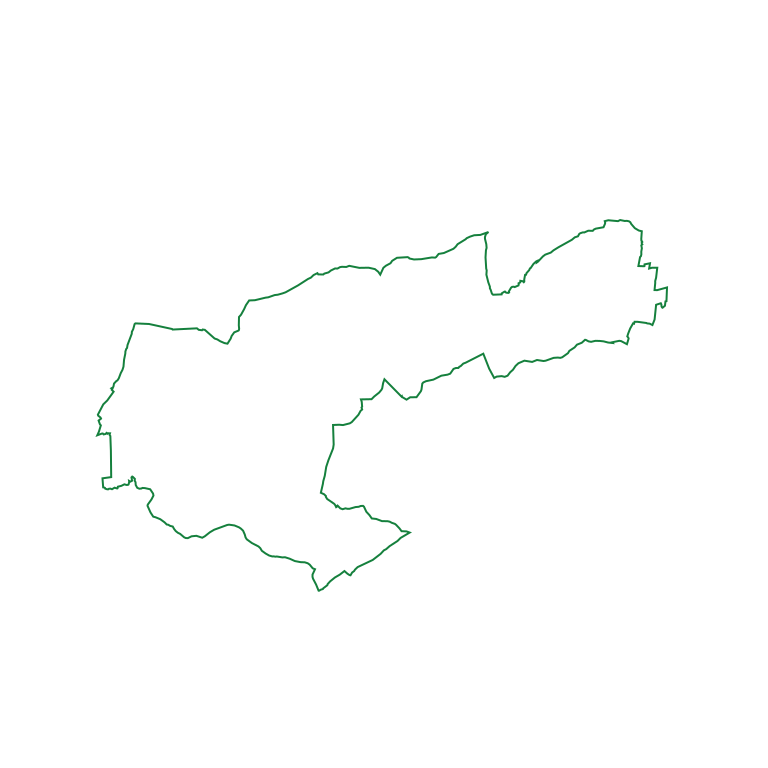 Borascu, Gorj, Romania (Albers equal-area conic projection), rotated 155°
{"feature_id": "2599482B74133650758011", "entity_name": "Borascu", "entity_type": "district", "adm_level": 2, "iso_a3": "ROU", "parent_name": "Romania", "parent_adm1": "Gorj", "projection": "albers", "projection_center": [23.247, 44.703], "detail": "fine", "context": "isolated", "style": "outline", "palette": "green", "viewbox_px": 768, "rotation_deg": 155, "n_neighbors": 0, "source": "geoboundaries", "source_scale": "gbopen_adm2", "svg_char_len": 6112}
<svg xmlns="http://www.w3.org/2000/svg" viewBox="0 0 768 768"><g transform="rotate(155 384 384)"><path d="M365.6,505.8L368.7,506.0L372.6,508.0L374.5,508.5L377.3,508.3L379.6,509.4L384.2,509.3L387.1,508.6L391.5,509.3L392.6,508.9L397.3,511.1L397.5,512.6L401.8,512.5L405.3,511.3L408.5,511.3L420.2,509.7L434.4,508.7L437.6,509.0L442.5,509.8L445.5,510.8L452.3,511.5L454.8,512.3L465.6,514.5L470.9,516.7L475.8,513.8L479.2,510.9L484.3,507.2L487.1,506.0L490.8,498.5L491.9,495.4L492.6,494.3L493.3,493.9L497.9,494.1L501.8,491.9L503.8,489.9L508.8,486.7L511.3,488.5L514.4,492.0L516.2,494.8L518.3,496.8L523.5,508.8L525.3,510.0L526.2,509.6L529.0,511.4L530.0,513.5L552.6,522.7L552.8,523.4L571.6,537.7L583.7,544.0L584.7,543.7L588.1,539.7L590.5,537.8L591.4,536.1L600.0,527.7L601.6,525.3L602.8,524.7L604.6,522.8L605.6,520.9L609.3,515.9L612.8,509.8L615.0,507.4L618.0,505.1L622.0,501.2L624.1,499.9L625.3,499.8L628.5,498.5L630.3,496.0L631.0,495.5L632.8,495.3L632.2,494.4L633.2,493.8L632.3,491.3L641.8,486.0L647.0,484.2L656.3,477.1L656.4,476.1L655.1,473.4L655.1,472.2L658.1,471.5L658.5,467.5L658.1,466.2L662.5,461.3L665.5,458.7L660.6,458.3L659.8,458.0L659.4,456.8L657.6,456.4L656.1,456.9L655.8,455.9L655.2,456.1L653.2,455.1L654.2,454.0L654.0,452.5L659.7,439.0L670.6,414.9L679.0,417.5L682.2,409.0L681.2,408.3L680.8,407.7L680.9,407.0L679.8,405.9L678.6,405.1L677.6,405.3L676.2,404.8L675.0,403.6L672.0,403.9L670.0,402.1L669.6,402.1L668.6,403.4L665.1,402.7L661.7,402.8L660.0,401.3L658.7,400.8L658.0,400.9L656.3,402.9L656.0,403.9L655.2,402.7L653.2,402.8L652.3,406.1L651.3,406.5L650.9,406.0L649.9,403.3L650.8,401.8L650.7,400.0L651.7,397.4L651.5,394.2L650.0,392.5L648.0,391.8L646.9,391.9L644.7,390.7L640.4,387.4L639.6,382.3L640.1,380.3L643.6,377.6L648.6,374.8L649.4,374.2L649.8,373.5L649.9,366.2L649.2,361.3L647.4,359.8L643.9,356.0L641.3,351.3L640.3,348.5L639.0,347.6L637.8,345.8L635.7,344.1L635.5,341.3L634.9,338.7L633.7,336.3L632.1,334.3L629.9,329.5L628.8,328.2L626.9,327.2L622.8,327.3L618.2,325.7L613.7,321.5L610.8,321.7L604.5,323.2L599.5,323.7L585.7,322.5L583.9,322.0L579.3,319.0L576.0,315.4L574.8,313.4L573.7,310.6L573.8,306.4L574.3,303.4L574.0,301.2L570.9,295.6L566.4,289.8L565.5,287.5L565.2,284.5L563.0,280.5L560.6,277.1L558.1,274.9L557.0,274.5L555.2,273.3L554.1,273.0L549.4,269.8L546.9,268.8L543.3,265.5L539.6,261.2L534.9,257.8L531.2,255.9L528.9,253.8L527.7,251.7L526.5,247.1L524.8,245.3L529.3,241.5L530.3,239.4L530.6,237.6L530.3,230.9L530.6,224.9L530.6,224.3L530.2,224.1L528.2,224.3L526.1,224.0L525.4,224.5L520.4,225.6L519.6,226.5L516.2,227.9L510.2,229.4L504.7,229.9L498.9,231.2L497.3,227.5L496.0,225.4L495.2,224.8L492.6,226.6L490.1,227.1L488.8,228.0L485.3,229.2L468.6,229.3L458.8,231.5L454.4,233.3L451.8,233.4L447.4,234.7L438.1,236.0L434.0,237.5L423.5,238.5L425.9,240.9L430.3,243.2L431.0,246.6L432.6,251.4L433.3,252.7L435.6,254.9L437.0,256.8L438.7,258.1L443.8,260.6L448.1,265.0L451.9,267.3L452.6,271.3L454.0,275.7L454.0,281.3L454.5,282.4L456.7,283.3L458.8,283.4L461.8,284.5L468.1,285.5L469.8,286.3L471.5,287.6L474.4,288.0L476.2,289.8L477.5,293.5L478.4,293.3L478.7,292.7L479.4,292.6L479.4,294.6L479.7,296.3L484.1,303.8L484.4,306.3L484.0,307.0L484.9,309.4L487.2,312.1L481.6,319.3L480.1,321.6L476.5,325.8L471.4,333.3L466.6,338.4L457.4,347.1L455.2,350.4L447.5,368.4L441.8,366.0L438.5,364.1L431.6,362.8L429.3,363.1L420.2,366.9L416.5,369.6L414.6,370.1L414.3,372.2L413.4,372.7L411.7,377.3L411.4,379.8L401.7,375.5L398.2,376.8L392.0,378.3L388.8,379.8L387.5,380.8L384.4,385.2L381.6,388.1L373.4,365.0L373.0,365.2L373.1,364.6L370.2,360.3L365.9,360.9L360.1,358.3L353.6,361.9L352.4,363.1L349.1,368.2L347.7,368.8L344.8,368.8L337.4,367.1L328.5,367.3L322.4,365.6L319.6,365.4L314.6,368.3L312.0,368.1L309.8,367.1L308.4,367.8L307.0,367.8L303.5,369.0L301.0,368.8L281.2,369.5L282.2,353.5L281.6,342.9L278.8,343.1L274.0,341.4L271.6,339.5L268.5,339.3L264.7,341.3L261.1,342.4L257.1,344.8L253.4,346.0L246.9,345.8L240.4,341.4L235.2,341.1L229.7,337.4L227.6,336.8L219.2,336.0L215.3,334.5L213.2,333.2L211.2,332.9L204.2,334.2L202.0,335.7L195.8,336.6L192.5,338.1L187.3,337.8L183.1,339.1L182.4,338.6L180.6,336.2L178.5,334.7L174.2,333.8L170.2,331.8L166.9,329.8L163.4,326.9L159.4,324.5L159.6,325.4L152.5,323.7L150.9,322.6L147.0,317.4L143.1,321.8L143.0,322.9L143.4,324.3L141.3,326.6L137.4,330.3L132.6,333.7L131.9,333.0L130.6,334.5L127.9,333.2L120.4,328.4L119.9,327.7L117.7,326.4L115.8,324.0L111.5,328.1L103.9,340.8L99.0,340.2L99.0,338.9L99.7,336.9L99.6,335.8L99.3,335.4L96.3,336.2L94.0,339.9L93.0,339.7L86.7,351.9L96.7,353.6L99.1,354.8L95.5,360.9L94.7,362.7L92.5,365.3L87.2,373.9L91.9,376.1L94.9,376.6L91.9,381.0L97.3,382.3L98.1,380.8L98.5,380.8L103.6,383.4L98.3,390.8L97.1,391.3L96.0,392.7L94.9,395.2L92.9,398.1L92.2,400.9L90.9,401.4L91.1,402.0L90.7,403.2L89.9,403.5L89.8,404.1L90.2,405.0L89.5,406.8L85.8,413.5L88.2,415.4L90.8,419.2L92.3,424.5L92.4,426.5L93.2,427.9L94.9,429.2L96.9,430.0L100.7,432.8L103.1,432.7L111.5,437.6L115.1,438.3L115.4,436.6L116.1,435.7L118.8,433.3L126.4,435.3L128.4,435.3L130.1,434.6L134.1,436.6L138.4,436.7L139.8,437.4L142.4,437.7L143.6,437.5L145.8,435.9L149.1,436.3L152.8,435.3L168.1,434.2L173.9,433.5L177.3,432.6L183.2,433.1L186.0,432.5L192.8,429.8L193.9,429.6L193.0,430.8L194.2,430.8L197.7,429.7L202.1,427.1L202.9,427.1L204.2,425.9L207.9,424.3L209.1,423.0L210.0,423.3L212.7,419.5L213.6,417.5L214.3,417.2L214.8,418.5L216.8,419.9L217.6,418.5L219.5,418.4L219.8,417.3L220.5,416.5L224.6,416.6L225.2,417.3L226.8,417.9L228.1,417.6L231.6,415.2L231.9,414.1L232.8,414.0L234.3,414.9L235.0,415.6L235.2,416.6L235.7,416.8L238.9,416.4L239.5,415.5L247.4,418.8L248.0,420.3L247.5,424.4L247.6,425.9L246.9,427.5L246.5,432.1L245.0,439.8L242.9,443.6L242.6,445.4L238.5,455.8L235.1,462.1L233.5,464.0L232.2,467.5L231.1,473.0L230.4,474.5L228.4,476.7L225.1,477.6L233.7,478.4L239.4,480.7L243.7,481.2L247.5,481.2L248.8,480.7L258.2,479.6L261.0,478.1L263.9,477.2L274.4,477.4L279.5,478.8L283.1,477.0L284.2,476.9L287.2,478.5L297.5,481.4L304.2,484.2L307.9,487.0L308.2,488.1L309.0,489.0L318.9,492.9L324.5,492.2L327.1,490.7L332.2,490.4L335.4,489.6L341.2,484.7L341.8,488.2L343.7,492.0L348.8,495.9L357.3,499.7L365.6,505.8Z" fill="none" stroke="#15803d" stroke-width="2"/></g></svg>